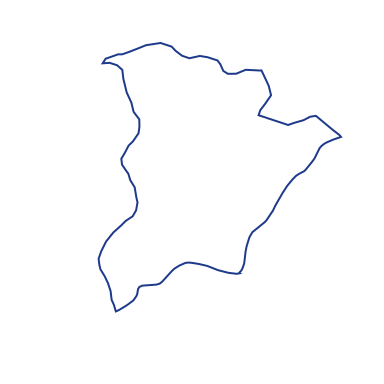 outline of Hochon, Hamgyŏng-namdo, North Korea, rotated 198°
{"feature_id": "82179303B14875494019042", "entity_name": "Hochon", "entity_type": "district", "adm_level": 2, "iso_a3": "PRK", "parent_name": "North Korea", "parent_adm1": "Hamgyŏng-namdo", "projection": "robinson", "projection_center": [128.612, 40.869], "detail": "fine", "context": "isolated", "style": "outline", "palette": "blue", "viewbox_px": 384, "rotation_deg": 198, "n_neighbors": 0, "source": "geoboundaries", "source_scale": "gbopen_adm2", "svg_char_len": 1714}
<svg xmlns="http://www.w3.org/2000/svg" viewBox="0 0 384 384"><g transform="rotate(198 192 192)"><path d="M120.3,139.3L120.4,140.9L122.6,151.7L123.3,157.5L123.4,166.7L122.2,172.4L113.5,185.8L112.4,188.2L109.8,197.4L109.3,199.1L108.5,205.0L105.5,219.3L103.3,227.4L100.3,235.0L98.0,239.6L96.0,242.1L91.5,246.8L90.4,249.3L86.6,259.3L85.8,262.1L84.2,273.1L83.1,275.7L81.3,278.5L79.1,280.9L73.6,285.7L67.3,290.4L69.5,291.8L77.1,294.5L87.4,298.6L97.7,302.7L102.9,300.1L108.2,294.7L116.1,289.4L121.4,285.4L127.8,285.5L135.6,285.5L152.4,285.6L152.3,291.0L149.5,299.0L146.7,308.4L151.7,316.5L158.0,323.3L163.5,329.1L164.3,328.7L178.7,324.8L186.6,318.1L194.4,315.5L199.6,316.8L204.6,322.3L208.4,325.0L218.8,325.0L226.6,323.8L235.8,318.4L243.5,318.5L251.2,321.2L256.4,324.0L260.2,324.0L268.0,324.0L281.1,317.4L289.0,310.8L295.6,305.4L300.9,301.4L304.8,300.1L310.0,296.1L315.3,292.1L316.7,286.8L310.2,289.4L306.3,289.4L302.4,289.4L296.0,286.6L292.3,278.5L284.8,266.4L277.3,258.3L272.3,250.2L264.6,244.8L262.2,238.0L261.0,231.3L263.8,221.9L266.6,216.6L268.0,208.5L269.5,201.8L267.0,196.4L261.9,192.4L258.1,189.6L254.4,184.2L248.0,178.8L243.1,169.4L240.6,165.3L239.5,157.3L240.9,150.6L246.2,143.9L248.9,138.5L254.3,129.2L258.4,118.4L260.0,107.7L260.2,99.7L257.7,94.3L255.2,90.2L248.9,84.8L243.8,79.4L238.8,72.6L235.1,64.6L231.4,60.5L227.5,54.9L225.2,56.9L219.1,64.0L214.3,70.7L212.7,75.9L212.6,78.3L213.3,82.9L212.8,85.3L210.5,87.5L197.3,92.9L194.5,94.8L192.8,97.2L186.5,111.1L185.0,113.7L181.4,118.0L176.4,122.5L173.8,123.7L170.8,124.5L162.9,125.7L154.5,126.4L143.2,125.7L132.3,126.4L124.2,128.0L121.8,129.3L122.3,129.4L120.9,132.3L120.4,134.8L120.3,137.9L120.3,139.3Z" fill="none" stroke="#1e3a8a" stroke-width="2"/></g></svg>